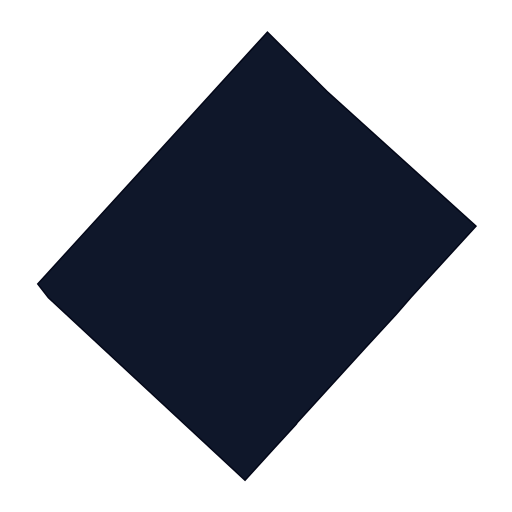 outline of Union, Indiana, United States of America, rotated 42°
{"feature_id": "52423323B55431880167171", "entity_name": "Union", "entity_type": "district", "adm_level": 2, "iso_a3": "USA", "parent_name": "United States of America", "parent_adm1": "Indiana", "projection": "mercator", "projection_center": [-84.88, 39.626], "detail": "fine", "context": "isolated", "style": "filled", "palette": "ink", "viewbox_px": 512, "rotation_deg": 42, "n_neighbors": 0, "source": "geoboundaries", "source_scale": "gbopen_adm2", "svg_char_len": 383}
<svg xmlns="http://www.w3.org/2000/svg" viewBox="0 0 512 512"><g transform="rotate(42 256 256)"><path d="M397.9,430.0L398.1,386.2L398.4,355.7L398.4,354.0L398.3,353.3L398.1,352.2L398.7,250.7L399.2,205.4L398.8,183.0L398.9,164.1L399.5,86.6L198.6,86.2L114.7,82.0L114.5,106.4L114.0,203.3L112.5,422.8L129.7,425.9L397.9,430.0Z" fill="#0f172a" stroke="#020617" stroke-width="1.5"/></g></svg>